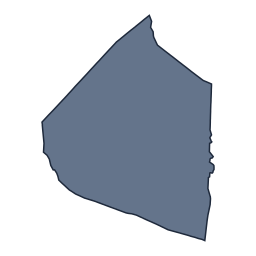 the district of San Antonino Monte Verde, Oaxaca, Mexico
{"feature_id": "50627088B33135949897884", "entity_name": "San Antonino Monte Verde", "entity_type": "district", "adm_level": 2, "iso_a3": "MEX", "parent_name": "Mexico", "parent_adm1": "Oaxaca", "projection": "mercator", "projection_center": [-97.729, 17.523], "detail": "fine", "context": "isolated", "style": "filled", "palette": "slate", "viewbox_px": 256, "rotation_deg": 0, "n_neighbors": 0, "source": "geoboundaries", "source_scale": "gbopen_adm2", "svg_char_len": 2081}
<svg xmlns="http://www.w3.org/2000/svg" viewBox="0 0 256 256"><path d="M211.5,84.0L206.9,82.0L204.0,80.8L203.1,80.4L196.6,75.5L192.0,72.0L191.7,71.8L190.2,70.6L186.3,67.5L182.5,64.6L181.5,63.8L181.0,63.4L180.7,63.2L179.5,62.3L174.3,58.2L169.6,54.6L164.7,50.8L158.7,46.1L157.5,45.2L156.0,42.1L155.7,41.4L153.9,37.6L153.8,37.4L153.7,37.1L153.4,35.7L153.3,33.8L153.1,31.7L150.6,27.4L151.6,21.4L150.9,19.5L149.3,15.4L148.8,15.8L144.5,19.2L140.9,22.2L139.9,23.0L132.5,29.0L131.4,29.8L125.5,34.6L123.6,36.2L116.7,41.8L116.4,42.0L116.0,42.5L110.4,48.5L109.7,49.2L100.2,59.5L99.7,60.1L96.7,63.2L92.5,67.8L91.9,68.4L87.0,73.8L82.5,78.6L81.9,79.3L75.3,86.3L72.2,89.8L71.3,90.8L68.8,93.5L68.6,93.7L67.3,95.2L59.5,103.5L57.1,106.1L52.6,110.9L48.8,114.8L42.0,122.1L42.4,124.9L42.3,125.1L42.6,128.5L44.0,143.4L43.5,152.2L47.1,155.3L49.3,159.1L50.8,165.5L53.2,169.9L54.6,169.9L56.7,173.1L57.9,176.3L58.8,180.1L61.8,183.0L69.4,190.0L70.9,190.9L75.6,194.0L80.1,196.0L84.6,198.1L94.4,201.1L110.7,207.2L126.1,212.9L128.4,213.4L131.8,213.8L136.4,215.1L146.3,219.7L156.3,224.1L168.1,229.8L175.8,231.9L188.3,235.4L191.0,236.3L195.2,237.4L198.4,238.5L200.0,238.9L201.8,239.3L203.7,240.1L204.8,240.6L207.1,220.7L207.9,215.2L208.8,211.0L210.1,204.7L210.2,203.2L210.5,198.8L210.3,196.6L210.0,195.8L208.8,191.6L208.1,189.1L207.9,188.7L208.3,180.6L208.4,178.7L208.4,177.6L209.6,176.8L209.7,175.2L209.8,173.0L210.5,172.7L212.1,173.1L212.8,172.5L213.2,170.8L214.0,169.5L214.0,167.2L213.9,165.6L213.3,164.7L212.4,164.0L209.5,162.0L209.9,160.7L210.0,159.1L210.7,158.3L212.3,157.9L212.6,157.5L213.2,156.6L211.9,154.9L210.3,152.9L209.4,151.8L209.5,147.4L209.6,143.3L211.1,142.7L211.8,141.9L211.3,141.5L210.5,139.3L210.1,138.5L209.9,138.2L209.8,137.9L209.8,137.7L211.5,134.9L210.7,132.2L210.3,130.8L210.0,129.8L210.1,128.2L210.2,125.8L210.3,122.3L210.3,120.3L210.4,118.7L210.4,118.2L210.5,114.3L210.6,111.8L210.6,110.1L210.7,107.3L210.8,104.1L210.9,102.9L211.0,100.8L211.0,100.1L211.0,99.2L211.1,96.8L211.2,94.1L211.3,91.7L211.3,89.8L211.5,85.7L211.5,84.0Z" fill="#64748b" stroke="#1e293b" stroke-width="1.5"/></svg>